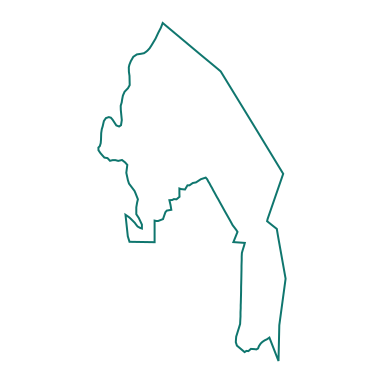 outline of Buriti dos Lopes, Piauí, Brazil
{"feature_id": "56859067B71763963739929", "entity_name": "Buriti dos Lopes", "entity_type": "district", "adm_level": 2, "iso_a3": "BRA", "parent_name": "Brazil", "parent_adm1": "Piauí", "projection": "equal_earth", "projection_center": [-41.834, -3.271], "detail": "fine", "context": "isolated", "style": "outline", "palette": "teal", "viewbox_px": 384, "rotation_deg": 0, "n_neighbors": 0, "source": "geoboundaries", "source_scale": "gbopen_adm2", "svg_char_len": 2318}
<svg xmlns="http://www.w3.org/2000/svg" viewBox="0 0 384 384"><path d="M98.5,150.3L100.5,153.2L102.5,155.5L104.4,157.6L107.5,158.1L110.0,160.8L112.8,160.1L115.3,160.1L118.2,160.9L122.0,160.0L125.1,162.4L127.3,164.9L126.3,172.8L127.9,180.2L129.0,183.6L134.5,190.9L135.5,193.2L137.9,199.3L137.1,202.6L136.3,207.3L136.3,214.2L138.8,218.0L141.9,224.6L141.9,228.5L140.1,227.9L137.6,226.5L136.3,224.9L134.7,222.7L133.0,221.0L131.3,219.3L129.4,217.5L127.3,216.0L125.5,214.8L127.8,236.3L129.5,241.8L154.6,242.2L154.6,239.1L154.6,235.9L154.6,220.6L156.4,221.0L158.1,221.0L163.0,219.1L165.4,212.2L166.8,210.6L171.3,209.8L170.5,204.9L169.4,200.2L172.2,200.0L173.9,199.1L176.5,199.3L179.5,196.8L179.4,193.5L179.4,191.0L179.4,188.5L181.2,189.1L185.0,189.5L187.5,185.3L189.5,185.3L192.8,183.0L196.0,182.4L200.9,179.2L205.7,177.6L207.2,179.3L208.3,181.5L209.4,183.2L210.8,185.9L212.1,188.1L213.2,190.3L214.4,192.4L215.7,194.8L217.0,197.2L218.1,199.0L220.1,202.7L222.5,207.0L224.2,210.1L225.2,211.9L227.2,215.4L228.9,218.4L230.3,220.9L231.5,223.1L232.7,225.3L234.5,227.6L236.3,230.0L237.5,231.9L233.4,242.1L244.8,242.9L244.1,245.6L242.6,250.4L241.9,252.9L241.7,256.5L241.7,260.1L241.6,262.8L241.5,266.1L241.5,269.3L241.4,274.2L241.3,279.7L241.2,283.6L241.1,287.0L241.1,290.8L241.0,295.2L240.9,299.2L240.8,302.9L240.7,305.2L240.7,308.2L240.5,312.3L240.5,316.6L240.3,319.9L240.1,324.0L238.9,328.0L237.7,331.8L237.0,334.1L236.2,336.6L236.0,339.0L235.8,342.2L236.9,345.6L242.6,350.4L244.6,352.1L246.4,350.9L248.4,351.1L250.9,348.9L254.2,349.1L256.4,349.4L258.1,348.4L258.9,346.2L260.7,343.5L262.4,341.9L264.6,340.4L267.1,339.2L269.4,337.6L278.5,361.0L279.3,325.2L285.6,278.7L278.5,238.9L277.7,234.3L276.8,228.9L273.1,226.0L267.1,221.2L267.6,219.0L283.2,173.8L255.1,127.6L220.7,71.4L215.6,67.1L201.8,55.7L162.7,23.0L160.9,27.7L158.3,32.7L155.5,38.7L151.6,45.2L149.6,48.3L147.4,50.7L145.9,51.9L144.0,53.2L141.0,53.8L136.9,54.4L133.3,56.8L130.8,61.2L129.4,64.7L128.8,67.3L128.9,71.8L129.5,75.9L129.7,85.1L128.0,88.2L124.6,91.7L122.9,95.6L122.1,99.7L121.7,102.4L120.7,105.8L120.8,109.9L121.8,120.1L121.0,125.2L119.1,126.5L116.3,125.4L112.6,119.7L110.9,117.7L108.8,117.1L105.9,118.1L103.9,121.0L102.6,126.6L101.8,129.1L101.2,133.1L101.0,139.7L100.7,143.2L99.8,146.1L98.4,147.6L98.5,150.3Z" fill="none" stroke="#0f766e" stroke-width="2"/></svg>